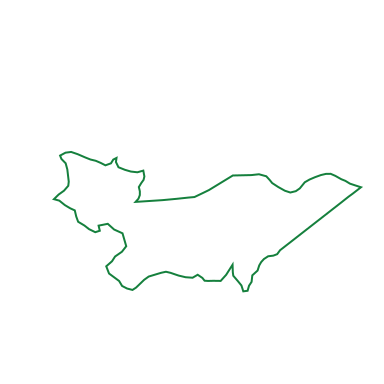 outline of Goianápolis, Goiás, Brazil, rotated 42°
{"feature_id": "56859067B32748378565005", "entity_name": "Goianápolis", "entity_type": "district", "adm_level": 2, "iso_a3": "BRA", "parent_name": "Brazil", "parent_adm1": "Goiás", "projection": "albers", "projection_center": [-49.075, -16.499], "detail": "fine", "context": "isolated", "style": "outline", "palette": "green", "viewbox_px": 384, "rotation_deg": 42, "n_neighbors": 0, "source": "geoboundaries", "source_scale": "gbopen_adm2", "svg_char_len": 1694}
<svg xmlns="http://www.w3.org/2000/svg" viewBox="0 0 384 384"><g transform="rotate(42 192 192)"><path d="M314.4,75.4L309.5,77.6L303.8,80.1L298.5,81.1L294.4,82.6L287.7,84.1L282.9,85.7L279.5,88.8L276.5,93.1L273.6,98.5L271.0,104.1L269.3,109.3L269.7,117.2L268.6,121.9L265.4,126.6L260.2,128.9L252.7,130.6L245.6,131.7L241.8,131.1L236.7,130.6L229.9,134.0L224.8,139.7L211.3,152.4L203.3,179.2L201.0,184.9L197.2,194.1L193.1,198.5L185.1,207.4L175.7,217.6L156.7,237.1L156.7,232.8L155.3,229.2L152.8,226.4L149.2,223.9L148.3,219.2L147.9,215.4L146.2,212.3L141.5,208.7L138.2,213.9L132.9,217.7L127.3,220.4L120.8,222.8L115.4,220.6L113.1,217.2L111.8,220.6L112.6,224.9L109.8,230.1L104.6,231.5L99.6,233.2L94.8,235.8L89.7,237.7L81.7,240.4L75.4,243.1L71.7,247.4L69.6,253.2L72.8,254.8L78.9,255.2L84.3,258.7L93.5,266.8L95.9,270.2L96.0,276.7L94.6,283.1L94.2,289.7L99.2,287.2L106.4,286.8L112.4,285.6L117.2,284.1L122.4,287.7L127.3,290.3L134.5,288.9L140.3,288.5L147.0,286.6L149.4,282.5L145.1,279.5L150.7,272.0L159.2,272.0L168.0,269.2L179.4,276.3L179.9,283.3L178.0,291.4L178.9,297.0L178.0,304.6L184.9,308.1L197.4,306.9L202.9,308.6L208.3,307.2L213.3,304.6L214.4,300.5L215.2,289.3L216.4,283.8L219.3,279.0L221.3,275.7L223.2,272.6L226.0,268.7L230.2,266.4L234.9,264.4L238.1,263.0L244.3,259.6L249.8,255.3L251.6,249.7L257.2,248.9L260.7,249.5L263.4,247.4L267.3,243.7L272.8,238.9L272.8,230.7L270.8,218.9L276.0,224.3L278.7,226.6L286.2,227.6L291.3,228.4L296.6,231.5L299.4,228.2L297.1,223.5L296.4,218.9L292.6,213.6L293.3,206.5L291.1,201.6L290.3,197.8L290.3,193.7L291.6,188.8L295.0,184.9L296.9,181.2L296.4,176.3L297.6,169.6L310.0,99.5L310.6,95.9L311.5,90.6L312.5,85.9L314.4,75.4Z" fill="none" stroke="#15803d" stroke-width="2"/></g></svg>